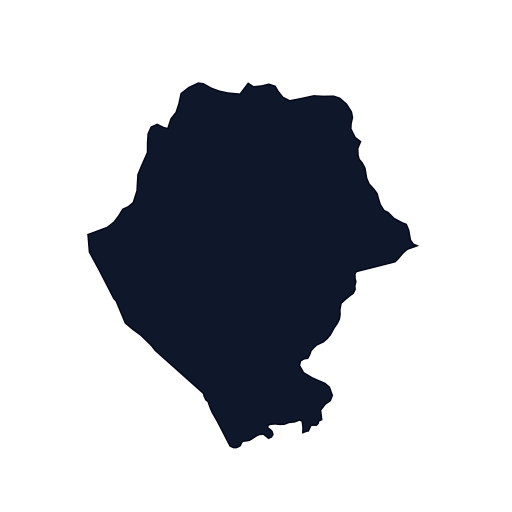 Sibu, Sarawak, Malaysia, rotated 249°
{"feature_id": "92858781B78222049981806", "entity_name": "Sibu", "entity_type": "district", "adm_level": 2, "iso_a3": "MYS", "parent_name": "Malaysia", "parent_adm1": "Sarawak", "projection": "orthographic", "projection_center": [111.821, 2.297], "detail": "fine", "context": "isolated", "style": "filled", "palette": "ink", "viewbox_px": 512, "rotation_deg": 249, "n_neighbors": 0, "source": "geoboundaries", "source_scale": "gbopen_adm2", "svg_char_len": 2229}
<svg xmlns="http://www.w3.org/2000/svg" viewBox="0 0 512 512"><g transform="rotate(249 256 256)"><path d="M325.3,394.6L331.2,391.0L340.7,390.1L345.3,392.1L350.7,395.7L356.2,396.7L365.3,394.9L373.3,390.7L377.4,385.7L381.0,375.8L384.8,367.4L386.9,353.9L388.8,343.1L394.6,337.9L401.9,335.6L407.6,334.7L411.8,329.5L412.7,322.2L414.9,314.2L420.0,310.6L412.8,299.1L418.3,288.0L423.1,280.7L428.6,274.4L435.6,268.6L438.1,264.2L437.4,253.9L434.5,244.3L426.0,238.8L418.7,232.9L414.6,225.9L406.5,219.3L409.1,215.7L414.3,210.9L413.9,204.3L408.7,199.1L400.7,195.4L391.5,191.8L381.9,182.2L374.2,174.9L359.5,168.3L349.9,160.6L347.7,154.3L347.4,148.4L342.6,142.2L338.5,135.6L336.0,127.5L336.2,108.0L336.3,106.8L335.0,106.5L319.4,101.9L298.9,104.6L266.9,108.1L264.3,109.3L240.2,110.0L231.1,115.1L223.4,120.1L210.0,126.3L204.0,128.1L146.8,157.6L143.5,157.4L139.7,157.6L137.3,159.1L133.7,158.9L129.8,158.9L125.4,159.1L115.3,160.7L92.3,163.2L87.9,163.7L85.2,166.3L84.2,168.8L84.2,171.2L84.6,173.4L86.9,175.6L87.8,177.4L87.0,180.1L86.3,183.9L87.0,187.8L87.9,191.6L88.2,195.2L86.9,199.2L81.3,202.4L81.5,205.6L83.3,207.8L86.1,208.1L88.4,207.4L91.3,205.3L93.7,206.5L93.7,209.2L92.5,213.4L90.3,217.8L88.8,222.0L88.8,226.9L87.3,232.6L87.3,237.8L85.4,239.9L79.3,238.5L74.3,236.4L74.3,240.8L73.9,242.2L78.3,246.7L76.4,251.9L77.6,254.2L79.5,255.4L79.7,258.7L88.9,261.0L92.9,267.6L94.3,273.5L98.5,277.3L107.2,277.5L112.4,274.7L117.6,269.3L122.3,264.6L130.1,258.5L132.9,258.2L138.1,257.3L142.1,259.9L142.8,263.9L142.0,267.6L144.4,270.5L147.9,273.5L149.6,276.8L151.2,280.8L151.5,285.3L151.7,288.3L153.3,292.3L153.3,292.8L154.3,294.2L155.5,296.8L160.9,303.2L163.9,307.6L167.2,311.2L171.2,313.5L175.4,314.9L181.3,318.4L183.2,323.1L185.3,329.3L186.3,333.3L189.3,336.6L192.6,337.5L196.4,340.1L199.2,340.3L203.9,342.0L205.5,344.1L200.8,383.8L202.7,388.1L204.6,391.4L205.8,393.7L207.0,396.5L208.1,399.8L207.8,410.1L210.7,407.1L215.4,405.9L219.4,406.6L225.3,407.8L231.7,407.6L234.5,404.5L238.5,401.0L241.8,398.2L249.3,394.9L252.6,391.8L259.6,390.4L266.5,390.9L270.9,391.4L276.3,389.9L282.7,387.4L288.6,387.1L294.5,388.3L298.9,389.2L304.8,388.5L309.3,386.9L313.5,387.4L319.9,389.5L322.4,391.8L325.3,394.6Z" fill="#0f172a" stroke="#020617" stroke-width="1.5"/></g></svg>